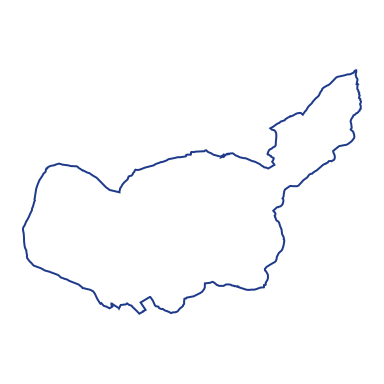 Sura Mare, Sibiu, Romania
{"feature_id": "2599482B88459780268124", "entity_name": "Sura Mare", "entity_type": "district", "adm_level": 2, "iso_a3": "ROU", "parent_name": "Romania", "parent_adm1": "Sibiu", "projection": "equal_earth", "projection_center": [24.193, 45.89], "detail": "fine", "context": "isolated", "style": "outline", "palette": "blue", "viewbox_px": 384, "rotation_deg": 0, "n_neighbors": 0, "source": "geoboundaries", "source_scale": "gbopen_adm2", "svg_char_len": 5968}
<svg xmlns="http://www.w3.org/2000/svg" viewBox="0 0 384 384"><path d="M333.1,151.0L338.6,146.5L339.7,146.0L346.7,144.7L348.3,143.8L351.2,141.6L352.1,140.7L354.1,138.0L354.4,136.8L354.1,135.3L354.2,134.5L353.4,132.7L353.4,132.2L352.6,131.1L351.2,130.1L350.7,129.4L351.7,127.9L351.2,123.8L350.6,121.7L350.7,120.8L351.5,118.7L352.8,116.9L353.5,115.3L355.1,114.6L356.4,113.2L357.5,112.9L359.2,110.9L359.6,110.7L359.7,109.9L359.8,109.5L360.7,109.0L360.7,108.2L360.8,106.7L360.6,105.4L360.2,104.8L360.1,104.0L361.0,102.0L360.9,101.2L360.3,100.4L360.4,99.9L360.2,99.6L360.2,98.8L359.0,98.0L359.3,96.5L359.7,95.5L359.0,94.3L359.2,94.0L359.1,93.4L359.2,92.5L358.3,91.6L358.3,90.4L357.3,89.0L357.4,85.0L357.8,84.6L357.0,84.2L357.4,84.0L357.6,83.7L356.8,82.8L357.5,79.8L357.3,78.8L356.3,77.4L356.2,76.5L355.8,75.5L355.7,74.0L355.9,72.9L356.2,72.3L356.3,71.4L356.2,70.3L355.5,70.4L354.6,71.0L353.5,72.7L350.0,74.3L347.5,74.4L344.6,75.3L337.3,76.9L336.1,77.6L330.1,83.8L328.4,85.1L327.2,85.5L323.5,87.7L322.2,89.0L321.9,90.3L320.6,91.8L318.9,95.5L317.7,96.8L315.8,98.3L313.3,101.1L311.5,103.6L309.3,105.6L307.9,107.3L306.1,110.5L305.0,111.4L302.8,114.7L300.8,113.0L300.2,112.9L297.3,113.3L296.0,113.8L292.7,115.7L290.9,116.4L290.3,116.1L289.6,116.8L287.7,117.7L285.6,119.1L284.6,120.3L280.7,121.6L279.3,122.9L277.1,123.8L273.5,126.5L270.3,128.3L271.8,129.6L274.3,130.3L275.3,131.3L276.1,133.0L276.3,134.4L276.3,137.2L275.7,144.1L275.8,144.8L275.6,145.5L274.7,146.6L273.0,147.4L271.5,148.7L269.9,149.4L269.3,149.9L268.8,150.6L267.6,153.5L267.6,154.2L267.7,154.5L268.7,154.6L270.6,156.1L271.1,156.2L271.4,156.9L273.7,158.1L273.7,158.5L273.4,159.6L272.2,161.7L273.7,163.7L274.4,164.9L268.2,168.5L266.2,167.6L264.0,167.3L263.4,166.6L261.9,165.8L259.6,164.0L255.9,162.2L254.0,161.4L252.2,161.1L250.5,160.3L245.5,158.2L244.0,158.2L239.9,157.3L237.5,156.1L235.6,155.4L233.4,153.7L232.6,153.3L229.9,153.5L229.0,154.2L228.6,153.9L228.5,154.1L227.7,153.8L227.0,153.9L227.0,154.4L225.2,154.8L225.2,155.1L224.3,154.8L224.4,155.2L224.6,155.5L223.9,155.9L224.2,156.3L224.2,156.5L223.2,157.0L222.8,156.8L223.3,156.1L222.9,155.3L222.4,155.6L222.3,156.5L222.5,156.8L221.7,157.1L221.9,156.8L221.6,156.6L221.6,156.3L221.4,156.2L220.8,156.5L219.7,156.4L213.4,154.7L211.0,153.2L208.2,152.1L206.2,150.3L205.3,150.4L204.5,151.2L195.1,151.7L194.3,152.1L191.6,152.0L191.0,152.3L191.0,153.9L190.7,154.7L187.9,154.6L186.4,154.8L186.2,155.0L186.2,155.9L185.7,156.4L179.7,157.3L178.3,157.1L173.7,158.2L168.4,159.2L167.2,160.1L165.7,160.8L162.6,161.9L160.4,162.2L159.9,162.6L156.0,163.9L154.4,164.8L153.9,165.3L145.0,167.6L139.6,169.7L137.2,170.0L135.5,169.7L134.9,170.3L134.2,172.0L133.2,172.9L133.0,173.7L131.9,175.3L131.1,175.8L130.1,175.9L128.6,176.5L128.2,177.9L127.9,178.2L127.9,178.7L127.4,179.6L124.2,182.4L122.4,184.6L121.2,186.9L120.2,188.2L119.5,191.3L119.5,192.3L109.7,190.0L105.9,187.2L96.7,177.8L92.9,175.6L89.3,173.1L87.4,172.6L83.1,170.4L82.7,170.6L80.4,168.9L79.0,168.2L77.7,166.9L76.6,166.3L71.1,166.1L67.9,165.3L62.8,164.7L59.0,163.6L55.4,164.7L54.9,165.1L50.8,165.9L48.5,166.8L46.8,168.2L47.1,168.4L46.0,169.5L45.8,170.1L45.7,171.3L45.3,172.1L43.5,173.6L42.5,175.6L39.4,180.2L37.5,184.9L36.2,188.8L34.5,199.6L34.9,200.4L34.3,201.7L32.9,206.7L32.1,208.4L31.9,210.3L30.0,214.1L29.0,216.6L27.3,219.9L26.2,221.5L24.6,225.5L23.8,226.5L23.2,227.7L23.0,229.0L23.1,230.6L23.7,233.4L24.0,238.0L24.1,241.7L24.7,246.6L25.3,248.5L26.2,250.2L26.7,253.9L27.1,255.5L26.9,256.6L27.2,258.1L29.8,261.6L30.8,262.4L33.7,265.6L40.8,268.2L44.9,270.5L49.0,271.6L56.6,274.4L58.6,275.3L60.8,277.4L64.8,278.9L67.1,279.5L69.1,280.8L78.6,284.5L82.1,287.3L82.6,288.1L83.5,288.1L88.3,289.4L89.4,289.5L90.6,290.0L93.0,291.2L94.8,293.6L97.4,299.1L100.3,303.7L100.5,303.8L101.3,303.1L103.7,305.8L106.8,306.8L109.5,308.3L112.4,306.6L111.8,305.8L111.4,304.5L111.4,303.5L111.8,303.5L113.5,304.8L118.7,308.0L119.0,308.5L120.7,305.0L125.8,304.4L127.1,303.4L128.9,304.8L131.6,305.7L132.7,307.1L137.0,311.2L139.3,313.7L143.3,311.5L143.1,311.2L145.6,309.9L140.6,302.5L149.8,297.0L150.2,297.0L150.7,297.5L152.9,300.7L154.9,305.3L155.8,306.2L158.5,306.7L158.8,307.7L159.3,308.2L161.5,309.1L162.6,308.9L164.7,310.3L166.3,311.0L167.5,311.2L168.1,311.7L169.5,312.1L170.9,313.1L173.2,312.3L174.9,312.3L176.8,311.8L177.7,311.2L179.8,308.6L182.9,306.1L183.2,305.0L184.1,303.9L184.1,301.3L184.4,298.8L185.9,298.2L186.1,298.4L186.8,297.6L193.7,296.3L200.5,292.9L202.2,291.7L204.2,289.0L204.8,287.4L204.9,283.4L210.1,282.8L212.2,281.9L212.7,281.9L213.8,282.4L215.7,283.9L216.7,284.9L217.7,285.1L219.0,285.9L223.6,285.9L225.9,284.5L228.8,284.4L230.9,284.8L231.4,285.3L233.9,285.8L234.4,286.2L235.0,286.0L237.3,286.7L237.7,286.3L238.0,286.6L238.4,286.7L238.3,287.1L246.7,289.8L249.3,289.9L251.9,289.6L254.1,289.7L256.3,289.1L260.4,287.6L263.9,287.3L264.0,286.9L264.0,285.1L265.2,285.0L265.6,284.8L265.7,284.0L265.6,283.4L265.9,282.9L265.8,282.5L267.5,279.8L268.0,277.5L267.9,274.8L266.4,271.9L265.0,270.3L264.9,268.9L266.6,266.9L270.6,264.4L274.7,262.1L275.8,261.1L276.7,258.7L276.7,257.4L276.9,256.8L278.9,252.9L281.6,250.5L282.3,249.4L283.5,245.7L284.2,241.7L284.3,240.1L283.7,239.4L283.9,238.7L283.6,237.0L282.1,234.1L281.5,229.3L280.2,226.4L279.1,222.7L278.3,221.5L277.1,220.9L276.1,219.9L275.7,218.2L275.1,217.4L275.2,216.8L274.6,215.8L275.3,214.9L275.5,213.8L274.7,212.2L274.0,211.7L273.3,210.7L276.4,207.8L277.4,207.1L278.3,207.1L279.0,206.7L280.4,206.4L282.1,205.0L282.8,203.8L282.7,203.4L283.1,202.6L283.4,200.9L283.3,199.3L283.0,198.7L282.6,198.5L283.6,196.4L283.8,193.8L284.0,193.2L284.3,191.0L285.1,189.4L289.9,186.1L290.7,185.9L293.0,186.2L297.2,186.2L298.7,185.4L303.5,180.1L306.9,177.7L308.3,176.0L308.7,175.2L309.6,174.4L310.7,173.9L312.3,173.6L313.1,172.6L315.7,170.9L316.7,170.4L323.0,164.9L324.6,164.0L325.9,163.7L326.2,163.1L327.6,162.7L328.7,161.2L330.5,161.0L331.7,161.2L332.6,160.5L333.7,160.1L334.4,159.2L334.8,157.9L334.8,156.7L334.6,155.2L333.6,153.0L333.1,151.0Z" fill="none" stroke="#1e3a8a" stroke-width="2"/></svg>